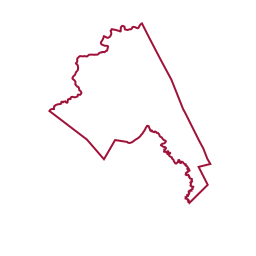 outline of Itezhi-Tezhi, Southern, Zambia, rotated 62°
{"feature_id": "96606910B99117639697542", "entity_name": "Itezhi-Tezhi", "entity_type": "district", "adm_level": 2, "iso_a3": "ZMB", "parent_name": "Zambia", "parent_adm1": "Southern", "projection": "mercator", "projection_center": [26.535, -15.924], "detail": "fine", "context": "isolated", "style": "outline", "palette": "rose", "viewbox_px": 256, "rotation_deg": 62, "n_neighbors": 0, "source": "geoboundaries", "source_scale": "gbopen_adm2", "svg_char_len": 5676}
<svg xmlns="http://www.w3.org/2000/svg" viewBox="0 0 256 256"><g transform="rotate(62 128 128)"><path d="M222.9,108.7L215.6,84.3L195.5,83.9L198.4,72.2L192.3,72.4L181.4,71.1L173.9,71.2L141.3,70.4L137.4,70.5L105.8,67.0L82.5,67.1L59.1,66.9L42.2,66.6L42.4,68.2L43.1,69.8L44.2,71.3L44.4,71.7L44.5,72.3L44.4,72.7L43.7,73.4L42.4,74.3L41.8,75.0L41.4,75.5L41.0,76.6L41.9,77.8L42.2,78.9L42.0,79.6L41.7,80.0L41.5,81.0L41.2,82.5L39.6,84.3L39.3,84.4L38.6,84.1L37.9,84.0L37.7,83.8L37.4,83.8L37.2,83.6L36.8,83.6L35.8,84.3L35.1,85.2L35.5,86.5L35.9,87.0L36.6,87.6L39.0,88.9L39.2,89.2L39.2,89.3L38.8,89.8L38.1,90.3L36.8,91.7L36.5,91.9L35.8,92.6L34.8,93.9L33.1,95.9L33.1,96.0L33.8,96.6L33.9,96.9L33.8,97.4L34.0,97.7L35.7,98.0L37.1,98.6L37.9,99.5L38.5,100.3L39.0,101.7L39.0,103.0L38.6,104.0L35.6,106.1L35.6,106.3L36.7,107.2L37.9,108.6L39.7,111.7L39.9,111.9L40.6,112.2L41.4,112.1L41.9,112.0L42.4,111.6L44.4,110.0L45.7,107.8L46.1,107.5L46.5,107.4L46.8,107.5L47.1,107.7L49.8,110.1L49.8,110.4L49.7,111.5L50.0,113.0L49.9,113.4L49.5,113.8L49.2,114.3L48.7,115.4L48.9,115.8L48.5,116.8L48.3,117.8L48.4,118.6L48.8,119.5L48.9,120.4L48.3,121.7L47.7,122.7L47.7,123.2L47.1,124.0L46.1,125.9L45.7,126.4L45.1,127.9L45.1,128.5L45.6,130.4L45.4,131.0L44.1,132.6L43.6,134.2L42.0,136.6L42.1,137.8L42.8,140.0L43.4,140.6L45.1,141.3L46.2,142.6L46.3,143.5L46.6,143.6L46.9,143.6L48.7,143.0L49.2,143.0L49.9,143.2L51.3,143.7L52.9,144.8L53.2,145.1L53.9,146.4L54.3,147.7L56.0,149.6L56.3,150.2L56.7,152.0L57.2,152.8L58.1,153.8L58.6,153.8L60.8,152.9L61.7,152.7L62.5,152.7L64.8,154.0L66.9,153.6L67.8,153.3L68.2,152.8L68.7,152.6L69.2,152.5L71.9,153.2L72.1,153.0L73.1,152.6L74.6,152.5L75.0,152.6L75.4,152.9L76.1,154.2L76.2,154.8L75.3,155.9L75.1,156.4L75.2,156.8L76.1,157.4L76.4,157.8L76.2,159.9L75.6,161.1L74.5,162.2L74.2,162.9L74.1,163.6L74.3,164.2L74.8,165.0L75.0,164.9L75.4,165.1L75.4,165.5L75.0,166.1L74.7,166.4L74.6,167.3L74.7,167.7L75.9,168.5L76.1,168.9L76.8,169.5L77.0,169.5L77.1,169.9L76.7,170.4L75.9,170.8L75.1,170.8L74.9,171.5L74.6,172.0L74.6,172.7L74.8,173.3L74.4,173.7L74.0,173.7L73.8,174.1L74.0,174.5L73.9,174.8L74.4,175.2L74.6,175.3L74.9,175.5L75.1,175.7L75.1,176.0L75.0,176.7L74.2,178.6L73.8,180.8L74.0,182.5L74.2,182.9L74.6,182.9L75.1,183.7L75.3,183.9L75.8,184.2L76.5,184.5L76.3,185.0L75.6,186.1L75.4,186.9L75.4,187.9L76.1,189.4L118.9,169.7L144.3,163.9L142.4,160.8L132.6,145.1L134.4,142.6L139.9,135.3L140.8,135.0L141.6,134.2L142.0,133.5L142.4,131.8L142.4,130.4L142.3,130.1L141.8,126.7L141.7,123.8L141.1,121.2L140.4,120.0L140.2,119.3L139.8,118.1L139.0,116.7L137.8,114.4L137.1,113.3L136.1,112.1L135.5,110.7L135.1,110.2L135.3,109.7L135.6,109.6L136.0,108.9L138.4,109.2L139.3,109.2L140.2,109.5L140.8,109.4L141.6,109.0L141.5,108.7L141.2,108.4L141.2,108.2L141.6,108.0L142.4,108.1L142.6,108.1L144.0,106.7L143.7,106.2L143.8,105.7L144.7,105.1L145.7,105.0L145.9,104.8L146.0,104.4L146.3,104.0L148.3,103.5L149.9,103.8L150.4,103.7L151.0,103.4L152.3,102.6L154.2,102.5L154.7,102.3L155.5,101.9L156.7,101.0L157.2,100.8L157.5,100.8L157.8,101.0L158.4,102.3L158.5,103.4L158.0,105.1L158.3,106.5L158.5,106.8L158.8,107.0L158.9,106.9L159.6,106.3L161.2,105.7L162.3,104.3L162.6,104.0L163.2,103.9L163.7,104.0L164.0,104.3L164.2,105.2L164.0,105.9L164.0,106.1L165.1,106.2L165.4,106.6L165.6,107.2L165.9,107.3L166.1,107.0L166.2,106.1L166.6,105.8L166.9,105.7L167.4,105.8L167.6,105.5L167.7,104.6L167.2,104.0L167.2,103.6L167.3,103.5L167.5,103.5L168.4,104.1L169.2,105.3L169.5,105.4L169.9,105.2L170.0,105.0L170.0,104.7L169.3,103.1L169.5,102.6L169.8,102.5L170.2,102.7L170.2,102.9L170.1,103.7L170.3,104.1L170.8,104.4L171.8,104.6L172.5,104.4L173.1,104.1L174.0,103.5L174.4,103.1L174.8,103.2L175.3,103.4L175.6,103.5L177.2,102.8L178.2,102.9L178.8,103.1L179.7,102.9L180.6,102.9L181.2,102.9L181.4,102.8L181.9,102.4L182.0,101.8L181.6,100.5L180.9,99.4L181.0,99.0L180.3,98.7L180.1,98.6L180.1,98.1L180.2,97.9L180.6,97.9L181.1,98.2L181.4,98.6L181.8,98.9L181.9,98.7L181.8,98.3L181.8,97.9L182.0,97.7L182.2,97.8L182.8,98.5L183.0,98.4L183.5,98.1L183.7,97.6L183.5,97.4L182.9,97.2L182.7,96.9L183.2,96.1L183.7,95.7L184.3,95.5L185.3,95.5L186.3,94.9L186.8,94.9L187.0,94.3L187.1,94.1L187.5,94.2L188.0,94.6L188.5,94.6L188.8,94.0L189.0,93.9L189.6,93.9L190.3,93.7L190.6,93.8L191.1,94.1L191.4,94.5L191.9,94.8L192.1,94.6L192.1,94.3L192.0,93.5L192.2,93.4L192.5,93.5L192.8,94.2L193.0,94.4L193.6,94.1L194.2,93.6L194.4,93.6L194.6,93.9L194.2,94.8L194.2,95.2L194.3,95.5L194.8,95.8L195.0,96.1L195.0,96.3L194.8,96.8L195.1,97.0L195.3,97.5L195.1,98.1L196.0,98.4L196.3,98.9L197.0,98.5L197.2,98.1L197.7,97.5L197.7,96.8L197.8,96.7L198.3,96.6L199.0,96.7L199.5,96.6L199.9,97.1L200.6,96.9L201.5,97.0L202.9,95.6L203.2,95.6L203.6,95.8L204.1,96.5L204.9,96.4L205.3,96.5L205.4,96.8L205.2,97.3L205.3,98.2L205.9,98.0L206.2,98.1L206.5,98.7L206.7,98.8L207.2,99.0L207.6,99.3L208.1,99.2L208.2,99.4L208.2,99.8L208.3,99.9L208.8,99.7L209.1,99.3L209.6,99.2L209.8,98.9L210.1,98.8L210.4,98.1L210.6,98.0L211.1,99.2L211.4,99.3L212.1,99.5L212.0,100.3L212.2,101.0L212.5,101.2L213.1,101.4L212.8,101.9L212.3,102.3L212.8,103.0L212.3,103.6L212.3,103.9L212.7,104.4L212.9,104.5L213.1,104.5L213.6,104.2L213.9,104.2L214.0,104.5L214.4,104.7L214.5,105.1L214.9,105.2L215.1,105.6L215.3,105.8L215.0,106.3L215.0,106.5L215.5,106.3L215.7,106.6L215.3,106.9L215.2,107.1L216.1,107.2L216.0,107.5L215.7,107.6L216.0,108.5L216.5,108.8L216.5,109.0L216.1,109.6L217.1,110.2L217.3,109.7L217.7,109.8L217.8,109.8L217.9,109.5L218.4,109.1L218.8,109.0L219.3,109.0L219.5,108.9L219.5,108.5L219.8,108.4L219.9,108.5L220.0,108.9L220.2,109.2L220.3,109.2L220.6,108.8L220.9,108.9L221.1,108.5L221.5,108.6L221.6,109.1L221.9,109.4L222.1,109.2L222.1,108.4L222.2,108.2L222.4,108.2L222.6,108.6L222.9,108.7Z" fill="none" stroke="#9f1239" stroke-width="2"/></g></svg>